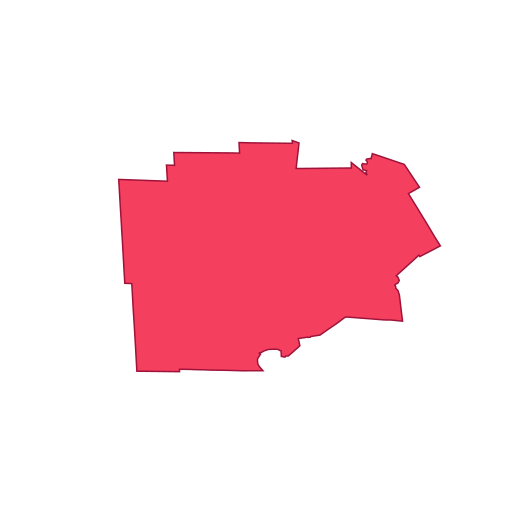 the district of Furculesti, Teleorman, Romania, rotated 219°
{"feature_id": "2599482B14678556390111", "entity_name": "Furculesti", "entity_type": "district", "adm_level": 2, "iso_a3": "ROU", "parent_name": "Romania", "parent_adm1": "Teleorman", "projection": "natural_earth1", "projection_center": [25.141, 43.878], "detail": "fine", "context": "isolated", "style": "filled", "palette": "rose", "viewbox_px": 512, "rotation_deg": 219, "n_neighbors": 0, "source": "geoboundaries", "source_scale": "gbopen_adm2", "svg_char_len": 1970}
<svg xmlns="http://www.w3.org/2000/svg" viewBox="0 0 512 512"><g transform="rotate(219 256 256)"><path d="M410.9,229.1L410.4,228.6L408.8,226.8L406.0,223.8L404.4,222.0L397.2,214.1L388.9,205.0L378.9,194.1L376.6,191.5L369.6,183.9L340.8,152.2L335.2,156.4L317.3,136.7L312.9,131.9L308.2,126.8L306.8,125.3L305.8,124.2L293.2,110.4L276.1,91.5L251.2,111.2L242.6,118.0L244.2,119.7L243.4,120.4L240.3,122.9L235.6,126.6L233.2,128.3L224.3,135.2L220.1,138.3L208.4,147.5L194.8,157.9L178.4,171.2L182.9,172.0L184.3,172.4L185.7,172.8L187.6,174.1L189.7,176.4L190.2,177.8L190.7,182.4L192.1,182.3L192.4,182.8L191.9,183.5L191.3,184.0L190.1,187.1L189.1,188.8L187.8,190.8L186.9,191.8L183.8,194.5L181.0,196.8L179.8,197.3L178.3,197.5L176.9,198.1L173.9,194.8L173.1,193.9L169.9,195.6L169.9,196.9L167.9,198.8L167.6,200.7L167.0,204.0L166.3,208.4L165.9,210.4L165.6,212.9L165.4,213.8L167.7,215.7L171.2,218.5L164.8,225.4L164.1,225.6L163.4,226.4L162.7,227.1L162.6,228.1L156.5,234.8L154.3,242.6L150.5,255.4L148.3,264.2L147.2,265.6L126.2,280.1L116.0,287.1L110.8,291.2L101.4,297.4L101.1,297.6L106.1,302.4L120.1,316.0L121.5,316.9L123.9,318.5L127.0,318.9L128.0,320.0L129.6,320.6L129.9,321.2L129.5,322.4L128.7,324.3L129.3,327.2L132.4,328.9L134.5,328.8L134.3,330.8L129.9,359.1L128.3,358.7L128.1,359.1L127.4,360.8L121.6,374.1L119.1,379.9L129.6,383.5L145.6,389.4L147.6,390.1L167.4,397.1L176.5,400.3L176.8,400.4L172.2,412.3L198.4,420.5L230.0,408.8L227.8,404.0L228.8,403.5L230.4,401.6L231.1,400.8L230.8,399.7L229.5,399.5L228.5,399.1L227.8,397.7L227.9,397.2L229.4,395.9L231.3,395.0L231.3,393.8L230.8,392.9L226.9,390.3L225.5,391.2L223.7,391.9L223.4,391.1L223.1,390.2L222.9,389.6L222.4,389.3L221.9,389.5L221.2,389.3L221.3,388.7L240.8,388.6L237.3,384.4L275.9,352.5L279.9,349.3L282.3,353.0L293.7,370.9L300.6,368.5L298.6,366.6L299.1,366.1L331.2,340.7L340.6,333.5L337.1,329.6L333.5,325.6L339.5,321.0L385.0,284.7L376.4,275.2L382.8,270.3L371.9,258.4L410.9,229.1Z" fill="#f43f5e" stroke="#9f1239" stroke-width="1.5"/></g></svg>